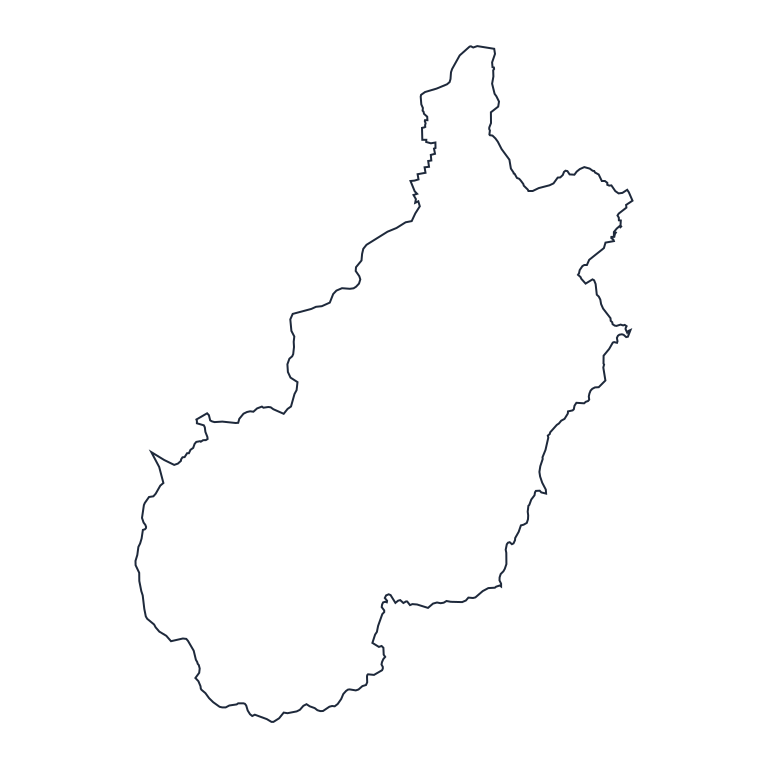 outline of Tlapacoya, Puebla, Mexico
{"feature_id": "50627088B8286013017465", "entity_name": "Tlapacoya", "entity_type": "district", "adm_level": 2, "iso_a3": "MEX", "parent_name": "Mexico", "parent_adm1": "Puebla", "projection": "equal_earth", "projection_center": [-97.834, 20.137], "detail": "fine", "context": "isolated", "style": "outline", "palette": "slate", "viewbox_px": 768, "rotation_deg": 0, "n_neighbors": 0, "source": "geoboundaries", "source_scale": "gbopen_adm2", "svg_char_len": 6090}
<svg xmlns="http://www.w3.org/2000/svg" viewBox="0 0 768 768"><path d="M382.8,668.6L382.8,666.9L381.5,664.5L382.0,662.1L383.3,659.1L385.2,656.9L383.7,654.7L383.4,647.8L381.6,646.0L378.9,646.9L372.4,642.9L375.1,634.6L376.9,631.9L378.1,625.9L382.3,614.1L384.2,612.1L384.2,610.4L381.7,607.1L382.1,604.5L383.1,602.4L385.1,601.8L386.8,602.3L387.1,600.8L384.8,598.0L386.1,595.4L388.7,594.3L390.6,595.1L395.4,602.9L398.1,600.7L400.2,600.1L403.4,603.0L406.1,601.4L407.2,601.5L410.0,605.1L412.4,604.1L417.1,604.5L428.0,607.9L433.0,603.6L437.0,602.5L440.6,603.2L443.7,602.7L446.5,601.0L450.8,601.8L462.1,602.1L465.9,600.5L468.4,597.6L473.0,598.0L475.4,597.4L482.7,591.1L488.3,588.1L494.9,587.7L496.1,586.7L499.7,585.5L501.1,586.5L501.1,583.7L499.5,580.4L499.6,577.4L500.7,574.0L503.4,571.3L504.8,568.8L506.4,564.1L506.3,552.8L505.7,549.7L506.8,544.3L508.0,542.7L509.7,542.2L511.9,544.2L513.5,543.4L515.0,540.2L515.2,538.0L518.7,531.8L520.9,525.4L523.6,524.7L526.8,522.9L528.0,519.2L528.2,515.4L527.7,511.7L528.4,505.8L529.3,504.9L531.3,499.5L534.5,495.3L535.0,492.3L535.9,490.9L539.7,490.7L541.3,492.4L546.1,493.6L545.8,489.6L542.2,482.7L540.1,476.5L539.4,471.9L540.3,466.2L542.7,459.0L542.5,457.3L545.5,449.9L548.3,437.6L547.8,435.6L549.7,434.1L550.2,432.3L556.8,424.9L558.9,423.5L561.2,420.7L564.5,418.9L567.8,413.6L568.0,411.4L572.6,410.4L573.8,409.3L574.5,405.7L576.4,402.8L584.1,403.3L585.8,401.8L588.1,401.0L589.2,399.6L588.8,396.5L589.4,393.6L590.6,390.6L592.3,388.8L595.0,387.4L598.7,387.2L605.4,380.5L603.3,367.5L604.1,364.5L603.5,363.6L603.6,355.7L609.2,348.9L612.8,342.6L614.1,342.1L617.0,342.8L617.5,341.3L616.9,337.9L617.9,335.8L619.4,334.7L621.9,334.3L623.6,334.8L626.2,337.1L627.9,336.7L630.5,330.0L628.5,330.9L627.2,332.7L625.6,329.2L625.6,328.2L626.6,326.2L624.7,324.9L623.1,325.4L620.6,324.6L616.5,325.9L614.7,325.6L612.6,324.2L612.2,322.2L610.7,320.8L610.5,318.2L603.1,308.6L601.1,304.1L600.3,299.6L598.8,296.6L596.8,294.7L595.6,284.0L594.1,280.3L592.5,279.4L585.6,283.6L581.3,278.8L580.5,277.0L578.0,274.8L579.0,273.3L579.7,270.1L582.4,266.1L584.3,265.0L586.9,265.0L589.2,259.8L603.9,248.1L605.5,242.6L613.9,241.1L613.4,239.7L611.3,238.0L611.4,236.9L614.3,236.8L614.8,234.3L615.8,232.6L615.4,232.5L613.9,235.2L613.9,232.0L616.7,228.6L619.7,226.0L620.4,227.2L621.2,226.5L620.5,225.4L620.8,220.5L618.9,220.3L618.8,217.6L617.5,215.5L618.7,213.6L626.4,207.6L626.1,204.9L632.5,200.7L628.9,192.4L627.2,189.8L622.4,192.9L618.6,193.4L615.3,191.1L611.4,185.4L609.2,185.6L607.3,184.8L607.3,182.8L604.9,181.0L601.8,181.0L598.7,174.5L595.0,172.5L594.2,171.0L592.7,170.8L589.7,168.6L584.3,167.1L579.8,169.1L576.7,171.6L574.4,174.7L569.6,174.4L567.4,171.1L565.5,170.7L564.0,171.9L562.8,175.0L560.3,177.4L557.7,177.6L553.5,183.4L549.5,185.3L538.7,188.1L532.7,191.0L528.4,191.0L527.8,189.6L523.8,185.7L523.3,184.0L520.7,180.5L519.2,178.8L516.9,177.9L514.7,173.9L513.7,173.5L513.7,172.8L510.9,168.6L509.4,159.7L501.6,149.1L497.8,141.7L495.4,138.4L492.5,135.6L489.9,135.2L489.4,134.5L489.9,130.5L489.2,129.0L489.3,127.4L491.0,123.1L490.9,112.3L498.2,106.6L499.0,101.6L496.4,96.3L494.6,93.8L492.1,83.7L493.4,76.5L493.2,70.3L494.1,69.0L493.9,67.5L492.5,67.2L492.1,62.4L495.0,53.9L494.2,48.8L477.3,46.1L473.2,47.5L470.9,46.3L469.6,46.6L459.7,55.4L452.1,69.0L451.0,72.3L450.5,79.0L449.6,82.1L447.0,84.3L436.6,88.6L425.1,92.0L421.1,94.8L420.7,96.6L421.3,104.4L422.9,108.0L422.6,110.7L423.5,111.6L424.0,113.8L427.2,116.7L427.4,120.2L425.0,120.2L424.8,121.1L425.6,123.3L425.1,125.1L425.3,127.7L425.0,127.2L422.0,127.9L422.3,139.8L426.3,139.8L426.2,142.0L430.9,143.3L435.4,142.5L435.5,148.0L434.0,148.6L435.0,153.8L430.8,154.9L431.3,160.5L428.2,161.0L429.0,166.8L424.6,167.3L425.5,172.8L417.6,174.2L418.5,179.4L414.5,180.6L410.5,181.0L414.7,191.3L417.1,193.8L413.5,195.0L415.9,199.1L415.2,202.8L418.3,201.3L419.8,206.3L415.3,213.4L411.7,221.1L405.6,222.3L396.5,228.0L387.5,231.7L366.5,244.8L363.3,248.8L362.1,253.9L361.5,260.5L356.0,267.2L355.7,271.0L359.3,276.2L360.3,279.4L359.0,283.6L356.1,286.7L353.6,288.3L349.9,288.8L342.0,288.2L336.4,290.6L333.2,294.0L329.8,302.6L321.8,306.2L316.0,306.8L311.4,308.9L292.7,313.9L290.3,319.4L291.4,330.9L294.3,336.5L293.7,341.8L294.0,347.0L293.2,354.1L292.2,356.3L289.4,358.7L287.4,364.3L287.9,372.0L290.5,377.6L297.5,382.1L296.6,390.1L294.5,394.0L291.0,406.5L287.6,408.9L283.7,413.8L273.3,409.2L270.7,407.3L268.3,407.0L263.4,407.7L261.9,406.6L257.1,408.4L253.4,411.7L250.1,411.3L247.0,412.0L243.5,413.7L239.3,418.8L238.2,422.8L235.7,423.0L222.3,421.6L214.5,422.1L212.0,421.4L210.2,420.4L208.9,415.2L207.1,413.3L196.4,419.5L196.9,420.9L196.9,423.3L203.8,425.3L204.8,427.3L205.4,431.9L207.4,437.0L207.6,439.0L205.9,440.1L203.1,440.2L200.8,441.7L200.1,441.2L196.3,441.9L194.6,443.9L193.2,447.9L190.5,449.8L188.9,453.2L187.1,453.2L184.6,457.1L182.5,457.3L181.1,459.4L180.9,460.9L177.9,463.6L174.2,464.9L164.2,460.0L151.3,452.1L159.2,467.0L163.4,483.0L160.3,485.6L155.7,493.7L153.4,496.3L149.0,497.0L144.8,503.0L143.9,505.1L142.0,517.9L143.6,522.6L145.3,524.8L146.1,526.9L145.9,528.2L144.9,529.3L142.9,529.9L141.6,538.5L140.1,543.5L138.4,546.9L137.3,555.0L135.5,560.9L135.6,565.2L139.2,572.8L139.3,581.0L141.3,591.1L142.7,595.4L144.3,608.9L145.8,616.4L147.2,618.8L154.1,624.5L155.6,627.3L159.3,631.6L166.3,635.8L171.0,641.2L182.9,638.5L186.3,638.9L188.0,640.9L193.7,650.7L195.9,659.8L197.2,662.0L197.7,663.8L198.8,665.1L199.7,668.5L199.2,672.8L195.4,678.0L198.4,681.2L200.5,686.2L200.8,688.7L201.5,689.8L205.4,693.1L209.1,698.2L213.2,702.2L219.6,706.8L222.2,707.4L225.7,707.4L229.3,705.5L236.7,704.4L238.2,703.3L243.4,703.3L244.9,703.8L246.2,705.5L247.7,710.5L250.0,714.2L252.2,716.0L254.8,714.7L266.8,719.1L271.5,721.9L273.4,721.9L279.1,718.3L283.7,712.6L287.5,713.2L296.7,711.4L299.9,709.8L303.4,705.8L306.5,704.2L309.7,706.3L314.7,708.1L317.4,710.2L320.3,711.1L323.0,711.0L329.4,706.7L332.1,706.0L334.7,706.3L337.7,704.0L341.2,699.0L343.3,694.0L346.1,690.9L348.0,689.6L349.7,689.4L355.8,690.4L358.5,689.5L362.4,686.1L366.0,685.0L367.2,682.3L367.0,676.7L367.2,675.2L368.0,674.3L374.0,674.9L382.1,670.2L382.8,668.6Z" fill="none" stroke="#1e293b" stroke-width="2"/></svg>